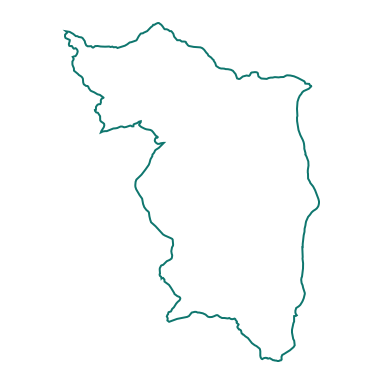 outline of Marmato, Caldas, Colombia
{"feature_id": "7082276B17776075078711", "entity_name": "Marmato", "entity_type": "district", "adm_level": 2, "iso_a3": "COL", "parent_name": "Colombia", "parent_adm1": "Caldas", "projection": "mercator", "projection_center": [-75.61, 5.489], "detail": "fine", "context": "isolated", "style": "outline", "palette": "teal", "viewbox_px": 384, "rotation_deg": 0, "n_neighbors": 0, "source": "geoboundaries", "source_scale": "gbopen_adm2", "svg_char_len": 5848}
<svg xmlns="http://www.w3.org/2000/svg" viewBox="0 0 384 384"><path d="M294.1,316.1L295.9,315.9L296.8,315.3L295.8,314.0L295.4,312.6L295.4,310.7L296.2,308.0L298.8,306.3L300.3,304.9L302.4,301.5L303.7,298.4L304.8,294.0L304.8,293.0L303.1,287.7L302.6,285.3L301.6,283.0L301.2,279.8L301.5,277.8L302.0,276.7L303.0,268.5L303.1,263.3L302.5,258.6L302.7,257.1L302.3,247.1L302.7,247.1L302.7,244.0L303.7,235.2L304.5,231.8L304.6,228.7L305.4,225.5L305.8,222.8L306.1,221.4L308.1,216.9L310.1,214.6L311.6,212.4L313.4,210.8L315.3,209.6L316.8,208.4L318.2,206.4L318.7,204.8L319.0,203.0L319.0,201.3L318.4,198.9L315.1,190.2L313.1,186.4L310.4,183.1L309.8,181.6L308.1,178.6L308.0,173.7L307.8,172.8L307.8,170.2L308.5,165.6L308.3,161.4L306.5,156.5L305.8,155.3L305.6,154.2L305.4,154.2L305.5,153.2L304.3,148.7L304.3,146.6L304.0,143.8L303.6,142.1L302.8,140.0L300.3,135.0L298.5,130.0L297.1,121.2L297.0,117.5L297.4,115.9L297.0,108.8L297.2,106.0L297.5,101.8L298.6,98.3L299.7,95.9L301.4,93.8L302.1,92.5L303.6,91.1L308.9,88.7L311.2,86.4L311.1,85.9L310.0,85.4L309.2,83.9L305.3,83.6L304.9,82.3L304.3,81.3L297.8,77.9L294.0,76.3L290.3,75.5L287.1,75.3L285.9,75.7L283.6,77.0L280.6,77.1L278.6,77.4L274.9,77.1L272.5,77.6L270.8,77.6L268.7,78.0L266.8,78.9L261.3,78.5L258.5,76.5L257.9,74.0L257.9,73.3L257.5,72.8L256.7,72.3L255.0,72.1L251.7,72.5L251.0,73.0L249.8,75.3L249.0,75.9L246.6,75.5L242.8,76.5L240.1,78.7L239.0,79.0L237.1,78.4L235.6,74.1L232.9,70.8L230.9,69.8L228.0,69.2L225.7,69.1L224.0,68.6L221.2,68.5L220.3,68.3L219.3,68.0L216.5,66.2L216.1,65.8L215.2,63.0L213.7,60.7L213.6,60.0L212.7,59.3L211.1,57.5L208.4,55.6L207.5,53.8L206.4,52.8L204.2,49.8L202.4,48.2L200.5,47.4L193.7,46.9L189.0,46.0L187.8,45.2L187.1,44.1L186.2,43.2L186.1,42.3L185.0,41.6L181.7,41.5L180.0,40.2L177.2,40.2L174.2,36.7L173.3,33.7L171.8,31.7L171.1,31.1L169.7,31.1L168.4,30.0L166.8,29.3L164.7,29.2L164.3,28.9L162.7,26.5L161.3,24.8L158.8,23.0L157.5,23.1L155.4,24.1L154.5,24.8L153.2,24.8L152.5,26.0L150.8,27.3L147.2,31.1L143.5,32.8L142.9,33.3L141.0,33.5L140.4,34.0L138.7,36.3L136.7,40.0L136.1,40.5L131.5,42.1L129.6,42.5L127.3,44.3L124.9,45.7L117.5,48.0L116.3,47.2L114.9,47.1L113.9,47.3L113.4,47.2L112.4,46.6L110.6,47.0L109.1,46.5L105.2,46.7L100.7,46.5L97.7,46.0L95.2,46.1L93.5,47.4L93.0,47.6L92.3,47.3L91.2,46.2L87.7,46.3L86.4,45.5L86.1,45.1L85.1,42.8L84.8,41.2L82.7,38.2L81.5,37.4L78.8,37.0L77.4,36.2L75.8,36.1L73.2,33.9L69.7,31.9L66.0,31.3L66.7,31.9L67.0,32.8L65.1,34.6L65.0,36.5L65.4,37.8L65.9,38.2L69.7,39.9L69.8,40.4L69.7,41.1L68.9,43.8L68.9,44.7L69.3,45.8L70.2,46.1L71.7,46.0L72.1,46.3L72.9,47.7L73.7,48.6L74.3,48.6L75.5,48.2L76.1,48.5L77.2,49.8L77.7,51.2L77.5,52.4L77.0,53.9L75.8,55.8L75.3,56.2L74.3,56.3L72.7,56.9L73.7,58.9L73.4,59.8L72.4,61.5L72.4,64.2L72.6,65.2L73.9,68.3L74.0,70.7L77.9,73.9L78.9,75.0L81.0,76.3L82.2,77.4L82.9,78.8L83.2,82.5L83.8,84.3L86.0,85.9L87.5,86.0L88.2,86.6L88.9,88.3L90.5,90.5L91.2,91.0L94.2,92.3L97.5,94.3L99.9,94.9L103.4,97.5L103.5,97.7L103.2,98.0L101.7,98.7L101.1,99.6L100.8,100.4L100.9,102.5L100.3,104.1L98.3,104.3L97.1,105.2L96.0,106.9L95.9,109.8L94.9,110.0L95.0,110.8L96.2,112.4L97.9,112.8L100.1,116.2L100.2,120.2L100.5,120.8L101.0,121.5L103.1,122.9L104.1,123.8L104.3,125.3L104.1,126.2L103.8,127.2L101.4,131.0L100.9,132.4L102.8,131.5L105.3,131.1L106.9,131.1L113.3,128.5L115.7,128.3L117.3,128.0L120.2,126.7L120.9,126.5L122.4,126.6L124.1,127.3L126.1,127.0L129.9,125.7L130.8,125.7L132.1,126.4L133.4,126.3L133.6,124.5L134.3,124.0L137.1,123.1L139.0,121.7L140.8,121.2L140.8,122.0L139.6,123.8L139.1,124.9L139.7,125.7L141.3,127.0L144.7,128.7L146.4,129.3L150.2,129.9L151.7,130.6L153.1,132.1L155.7,135.6L157.6,136.9L157.7,137.3L157.3,137.7L155.9,137.9L155.2,138.7L154.8,140.3L155.0,141.5L156.3,143.0L157.8,143.9L159.1,143.9L160.7,143.3L163.1,142.9L163.8,142.9L158.8,147.9L155.5,150.0L154.9,150.9L154.2,152.5L153.4,153.6L152.6,154.4L152.4,154.9L152.3,156.2L150.5,159.3L149.6,162.7L148.8,164.8L145.5,169.5L141.5,174.7L136.4,179.6L135.6,181.8L135.3,185.2L135.4,186.9L136.2,189.3L139.7,195.3L142.1,198.6L143.1,204.0L144.3,207.2L146.3,209.9L148.3,211.6L148.9,212.4L149.4,216.2L150.2,219.7L151.1,222.3L155.5,226.2L163.0,234.4L164.8,235.5L170.7,238.1L172.2,238.9L172.7,239.7L173.1,244.5L173.0,245.6L172.0,247.4L171.3,251.2L171.7,253.7L172.2,255.2L172.0,257.1L171.6,258.5L169.7,259.9L166.8,261.2L163.2,264.8L161.4,265.4L161.0,265.8L159.8,268.2L159.7,269.6L160.0,273.7L159.6,274.2L159.7,275.2L159.9,275.8L161.2,276.9L161.4,278.2L161.6,277.9L162.3,278.2L163.1,278.0L164.1,279.2L164.4,279.5L164.5,281.6L169.0,284.9L171.0,287.8L174.1,292.9L174.5,294.0L177.3,296.1L179.3,296.9L180.0,297.6L180.3,298.3L180.2,299.0L179.5,300.4L177.8,301.8L176.2,303.6L173.9,307.3L172.1,309.0L171.3,310.8L170.8,311.5L168.6,312.2L168.2,313.2L168.1,314.2L167.5,314.8L166.8,316.5L167.4,317.5L167.7,318.6L167.4,320.5L169.1,321.8L177.1,318.9L187.2,316.9L189.0,316.0L191.7,312.6L194.5,311.9L196.1,311.9L197.6,312.5L199.0,312.5L202.8,313.3L205.6,314.6L207.8,316.6L209.3,317.1L211.9,317.0L213.9,316.3L216.3,315.2L217.6,315.2L219.8,316.9L222.0,318.0L224.6,318.0L227.3,318.4L228.1,318.4L229.2,318.0L230.7,318.9L231.5,319.1L232.8,319.1L234.6,318.6L235.3,319.1L235.6,320.0L236.9,321.5L236.9,322.1L236.6,322.7L236.8,323.0L238.5,324.3L238.6,324.6L237.4,326.6L237.5,327.5L238.1,328.3L238.9,329.0L238.9,329.4L240.4,329.9L241.0,330.6L241.7,333.5L242.6,333.9L242.9,334.5L243.8,334.9L245.3,336.3L248.0,338.1L251.9,343.1L254.7,345.2L256.5,346.1L259.6,348.6L260.0,349.5L260.3,351.2L260.3,355.8L260.7,357.5L261.4,358.6L261.9,359.0L262.4,359.1L263.3,358.4L264.4,358.0L265.9,357.8L267.2,358.1L267.3,358.4L268.1,358.6L269.8,358.2L273.2,360.2L274.1,360.2L275.1,360.6L276.0,360.5L277.5,361.0L278.8,361.0L279.9,360.4L280.8,360.4L281.6,359.6L281.5,356.8L282.3,354.9L283.5,354.3L289.9,350.3L293.6,347.1L294.7,345.3L294.2,340.8L293.2,338.9L292.0,332.6L292.0,329.8L293.4,323.2L294.1,321.6L294.1,316.1Z" fill="none" stroke="#0f766e" stroke-width="2"/></svg>